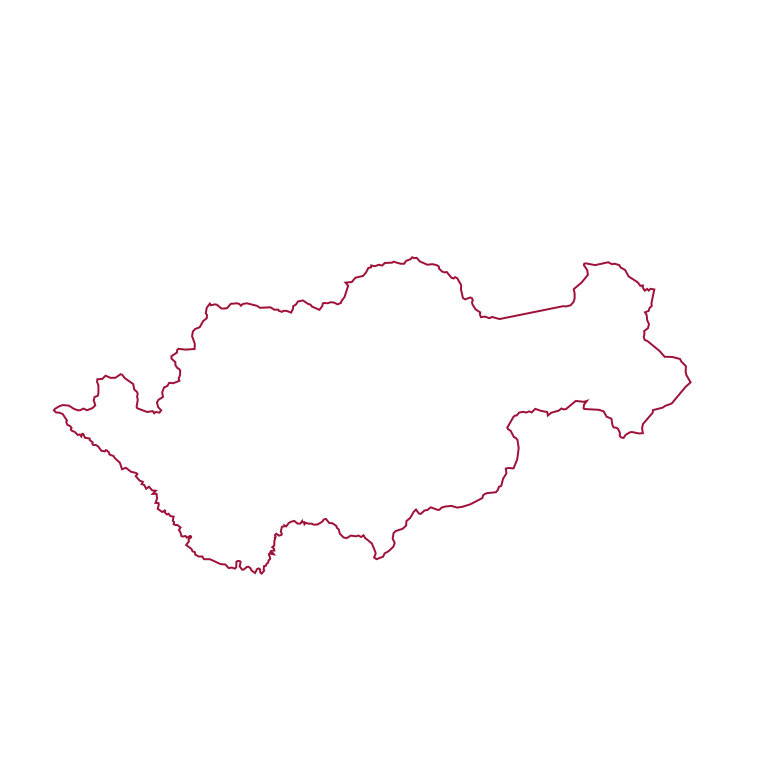 A Luoi, Thừa Thiên - Huế, Vietnam, rotated 133°
{"feature_id": "81297802B94706269623038", "entity_name": "A Luoi", "entity_type": "district", "adm_level": 2, "iso_a3": "VNM", "parent_name": "Vietnam", "parent_adm1": "Thừa Thiên - Huế", "projection": "mercator", "projection_center": [107.348, 16.232], "detail": "fine", "context": "isolated", "style": "outline", "palette": "rose", "viewbox_px": 768, "rotation_deg": 133, "n_neighbors": 0, "source": "geoboundaries", "source_scale": "gbopen_adm2", "svg_char_len": 6166}
<svg xmlns="http://www.w3.org/2000/svg" viewBox="0 0 768 768"><g transform="rotate(133 384 384)"><path d="M243.4,161.1L240.5,165.0L236.7,167.3L221.8,167.9L219.7,169.5L211.3,164.1L208.2,163.4L202.1,160.3L180.5,161.5L173.7,160.9L171.3,168.8L169.5,171.6L165.1,175.3L164.8,181.9L163.8,184.6L167.6,191.6L172.7,197.3L171.9,204.9L172.9,220.3L173.9,223.5L172.5,226.1L169.8,227.6L167.9,229.8L163.1,229.0L159.5,231.0L157.8,235.1L154.4,239.0L153.6,242.0L150.1,240.3L147.0,241.7L144.4,241.4L142.5,243.5L130.5,250.8L132.6,254.0L135.1,254.1L135.0,256.4L137.9,257.0L136.9,260.8L135.4,261.8L137.4,263.5L136.6,267.7L138.5,278.5L136.2,285.4L137.4,290.4L136.6,293.0L138.7,297.3L141.0,299.1L142.0,303.0L153.1,310.7L158.0,318.5L159.4,319.6L160.7,319.0L162.1,313.0L165.2,309.3L175.1,308.7L185.2,309.9L188.0,306.1L191.5,302.9L194.5,301.4L199.2,301.2L203.1,303.7L204.7,305.9L257.7,343.8L261.2,350.6L264.1,351.9L265.8,356.1L269.0,358.7L267.7,361.3L266.0,362.5L267.0,368.0L265.4,373.7L264.3,375.3L262.2,376.2L261.3,378.1L261.9,380.0L266.7,382.3L267.3,384.9L262.4,392.1L259.0,395.1L256.7,402.6L257.4,404.9L259.4,405.1L260.3,407.2L259.3,414.5L261.0,415.7L262.1,418.1L262.1,422.3L260.7,424.1L261.2,426.7L263.4,430.4L267.2,433.6L269.9,441.3L269.5,446.2L271.4,447.8L272.1,449.8L274.6,449.7L278.8,451.8L282.3,451.3L284.8,454.0L288.1,460.5L289.7,460.8L294.9,465.9L298.7,466.2L300.3,469.1L304.1,471.0L306.0,474.2L307.4,473.0L309.8,474.6L314.3,473.3L319.2,473.0L325.8,477.4L331.4,477.1L336.1,481.3L336.6,477.2L347.3,472.2L352.7,471.6L353.9,470.8L357.4,472.2L358.5,476.0L360.5,478.7L363.4,480.3L365.7,483.2L366.8,483.7L369.0,482.3L373.8,481.8L376.5,489.5L376.1,492.1L377.1,493.7L378.2,500.3L382.3,503.2L386.1,502.6L389.0,503.5L391.0,501.9L395.1,500.6L397.0,505.2L399.1,507.4L400.8,507.8L402.2,510.8L401.7,512.0L404.4,514.8L405.4,519.4L412.8,526.6L413.5,530.3L418.4,539.2L421.5,541.7L424.3,542.0L424.1,544.3L425.2,546.5L429.8,550.7L435.6,550.5L438.3,552.8L439.7,554.6L440.0,560.3L441.1,562.0L444.5,564.3L444.0,566.2L449.1,565.6L453.6,562.8L454.4,560.4L456.8,558.5L461.3,559.2L468.2,557.5L472.5,559.6L475.9,559.6L479.9,557.0L483.7,549.7L487.6,546.4L494.3,552.7L498.4,558.3L500.0,558.5L502.2,556.9L508.7,558.4L510.4,556.6L510.3,551.6L512.6,549.2L513.3,545.7L512.7,544.6L513.1,542.3L516.7,539.1L520.0,538.0L521.2,535.8L527.2,538.7L529.7,541.9L533.1,541.1L536.6,542.5L541.4,540.5L544.2,536.8L549.4,538.2L552.4,537.4L554.9,533.4L555.3,528.9L558.1,528.7L559.8,531.4L560.8,532.2L562.1,532.1L561.6,534.7L566.0,538.1L570.0,547.9L569.4,549.4L563.5,553.3L561.6,556.0L559.2,557.4L558.3,559.1L558.3,563.0L555.1,567.3L556.5,577.8L555.8,581.8L556.5,583.3L562.7,584.7L566.0,588.2L567.8,593.3L572.5,593.5L576.0,596.9L578.2,595.2L579.8,591.9L585.7,586.4L588.0,585.3L590.8,586.8L593.8,585.3L596.5,580.6L600.5,580.8L605.7,583.3L607.0,587.1L610.4,588.3L612.1,590.1L613.7,594.1L614.7,599.7L618.5,604.6L621.7,606.3L626.6,607.7L628.4,607.5L628.5,604.5L626.3,601.8L625.1,598.5L626.9,591.0L628.5,590.5L629.8,587.8L628.8,584.8L629.3,582.5L630.9,582.1L631.1,580.5L630.0,577.7L630.1,573.2L628.4,572.1L628.8,569.6L626.3,570.7L625.7,570.0L627.2,565.9L624.6,562.1L625.7,560.9L625.4,557.2L626.6,556.6L627.0,555.4L625.1,553.0L624.6,550.7L625.6,545.2L623.7,542.2L622.0,542.3L621.6,541.3L621.7,538.2L622.8,536.8L621.1,532.5L621.8,530.5L621.7,523.5L625.0,517.4L621.3,515.6L620.7,509.1L618.1,504.6L618.1,502.9L620.7,502.8L621.3,496.8L620.0,493.6L622.5,493.0L621.4,490.4L622.8,486.5L619.4,485.8L619.9,481.0L617.7,478.1L622.1,478.2L619.5,475.4L622.4,471.9L626.8,470.0L624.9,467.8L625.7,466.5L629.6,464.4L628.9,459.0L626.0,458.1L626.2,457.3L627.4,457.0L627.5,453.8L625.8,453.1L626.3,450.2L624.5,447.4L628.1,445.2L628.2,443.2L630.0,442.3L629.6,440.7L628.0,438.8L627.7,434.9L630.7,434.4L631.2,431.9L633.4,428.4L632.8,427.1L630.6,425.6L630.8,423.4L627.4,422.2L627.1,421.2L627.6,420.5L630.7,421.0L632.4,419.3L636.7,418.9L635.9,412.4L637.0,409.9L636.0,407.8L637.5,405.6L636.5,401.8L634.1,399.3L634.9,396.2L630.8,391.7L627.2,380.7L624.2,376.9L624.6,372.1L622.0,370.1L620.7,367.1L618.8,367.1L614.6,370.7L613.2,370.3L611.9,368.7L611.9,367.5L615.8,365.2L616.5,361.1L615.5,360.1L611.2,359.5L610.1,358.4L609.8,356.1L610.7,353.8L610.2,349.4L605.9,350.6L604.4,349.9L604.1,348.3L606.2,345.9L606.1,344.2L602.2,344.3L601.7,345.6L598.9,347.5L597.7,346.4L595.6,347.2L593.8,346.9L591.6,348.1L590.0,347.9L589.0,348.4L587.0,352.2L585.9,352.0L583.7,348.4L583.4,349.8L584.6,351.6L584.4,352.5L583.1,352.7L580.6,350.6L579.4,352.4L579.5,354.5L577.0,354.1L573.1,357.5L571.8,357.8L570.9,359.1L569.7,358.9L568.9,360.7L567.0,360.7L566.5,357.4L564.5,356.1L563.3,356.5L562.2,358.9L558.0,361.3L555.8,359.6L555.3,360.3L554.8,358.4L550.5,358.9L547.8,357.8L545.3,356.3L545.1,352.2L543.2,350.0L540.1,350.4L540.8,349.3L539.5,348.2L540.8,346.5L538.8,346.5L537.8,344.2L535.5,341.7L534.8,339.5L532.1,336.8L527.0,335.3L524.1,335.6L522.3,334.5L523.0,329.2L521.1,326.9L520.3,322.0L521.3,320.3L521.2,318.1L523.6,314.1L523.8,308.9L522.2,306.2L517.5,304.9L514.4,300.5L512.3,299.4L511.5,296.4L508.6,295.8L509.5,293.0L508.9,284.2L512.8,275.6L513.9,274.3L517.7,272.9L517.2,270.0L510.9,266.9L507.5,268.0L503.1,266.6L496.6,266.2L492.9,267.8L491.2,272.2L486.5,275.3L483.7,275.2L477.1,271.6L472.4,271.3L469.0,274.1L464.0,273.5L457.2,275.1L454.0,275.0L454.9,270.3L454.1,268.6L448.9,268.1L446.5,266.3L442.3,265.7L439.5,258.9L438.2,257.7L434.9,257.5L431.8,255.6L427.2,251.6L424.5,246.2L420.6,243.1L413.1,238.8L400.3,234.3L397.9,235.6L395.8,235.3L393.4,234.1L386.8,228.3L383.7,228.5L380.9,229.8L378.5,228.8L372.1,232.3L365.9,233.5L362.8,237.2L360.6,235.8L357.4,231.7L348.2,235.2L339.0,241.8L334.0,248.1L333.5,251.1L334.3,252.7L331.9,259.3L332.4,262.5L331.8,264.1L319.8,266.9L317.6,266.6L316.5,265.5L312.7,265.7L309.3,263.1L307.9,260.5L305.0,259.2L304.0,256.6L299.0,256.4L296.7,251.1L293.2,245.5L295.3,242.7L291.0,242.1L284.4,238.1L280.9,237.5L280.0,235.2L278.2,233.8L265.6,232.2L260.7,225.6L258.0,224.1L262.8,223.6L265.6,221.5L265.7,220.5L256.3,209.2L254.2,204.7L256.1,199.0L254.3,194.0L258.6,188.4L259.1,186.3L257.5,184.2L257.2,182.0L258.9,178.1L261.2,176.1L261.4,174.3L260.1,172.0L256.3,172.6L251.5,171.1L250.0,169.9L246.3,163.8L243.4,161.1Z" fill="none" stroke="#9f1239" stroke-width="2"/></g></svg>